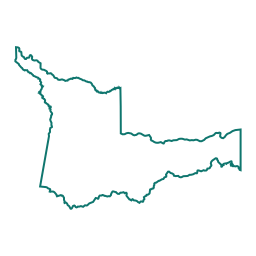 Japurá, Amazonas, Brazil
{"feature_id": "56859067B39136722056704", "entity_name": "Japurá", "entity_type": "district", "adm_level": 2, "iso_a3": "BRA", "parent_name": "Brazil", "parent_adm1": "Amazonas", "projection": "orthographic", "projection_center": [-68.104, -1.386], "detail": "fine", "context": "isolated", "style": "outline", "palette": "teal", "viewbox_px": 256, "rotation_deg": 0, "n_neighbors": 0, "source": "geoboundaries", "source_scale": "gbopen_adm2", "svg_char_len": 5692}
<svg xmlns="http://www.w3.org/2000/svg" viewBox="0 0 256 256"><path d="M240.6,170.2L240.6,129.5L235.3,130.1L232.5,131.1L230.0,132.8L227.3,133.9L225.8,135.4L224.7,137.0L223.1,138.2L221.5,137.8L220.3,136.7L220.1,136.2L220.5,133.5L220.3,132.9L219.2,132.6L218.2,133.1L216.3,132.9L215.6,133.1L213.7,135.1L211.7,136.0L210.1,136.3L205.7,138.3L204.2,139.9L201.6,141.2L199.8,141.2L197.3,139.9L195.8,139.7L193.4,140.3L191.8,140.1L189.7,140.4L186.7,139.4L184.9,139.6L182.5,138.8L181.0,138.7L179.1,138.9L176.8,140.1L173.3,140.3L171.7,141.0L169.3,140.4L168.0,140.5L166.9,141.0L165.6,141.0L164.7,141.6L163.8,143.4L163.3,143.5L160.8,142.1L158.0,142.8L156.0,142.7L154.4,142.1L152.4,140.8L151.4,140.5L150.8,139.6L151.0,138.0L150.8,137.5L149.1,135.0L145.7,135.8L144.4,135.7L140.8,133.6L139.0,133.3L137.8,133.7L136.5,134.8L134.3,135.3L133.3,135.0L131.2,133.5L128.2,132.9L126.3,133.3L124.7,134.2L122.6,134.3L120.8,133.4L120.7,106.5L120.4,88.0L119.9,88.2L119.5,87.8L119.5,88.3L119.2,88.0L118.0,88.0L118.0,87.6L117.7,87.6L117.7,87.8L117.2,87.7L116.7,88.2L116.2,88.1L115.8,88.5L115.0,88.0L114.8,88.9L114.4,88.6L113.6,88.8L113.6,89.3L111.8,89.9L110.6,91.0L110.1,90.9L109.6,91.6L108.5,91.9L107.5,91.7L106.4,92.6L106.1,93.2L105.3,92.8L104.1,92.7L103.0,93.0L102.9,92.8L102.3,92.7L101.9,93.0L101.1,92.9L100.9,92.5L100.6,92.9L98.9,92.4L98.4,91.8L98.2,92.0L97.6,91.4L97.6,91.5L96.9,91.0L96.7,91.2L96.4,90.7L95.6,90.3L95.2,89.7L95.2,88.9L94.9,88.6L94.9,87.8L94.3,87.3L93.8,86.4L92.4,85.4L92.1,84.3L90.9,82.7L89.7,82.2L88.1,82.1L87.1,81.5L86.3,81.5L84.4,80.4L82.7,80.2L81.7,79.4L79.3,78.5L78.6,77.9L77.2,77.9L76.4,77.5L75.1,78.1L73.3,77.9L73.1,78.3L72.4,78.4L72.3,78.9L70.6,78.7L69.5,79.3L68.3,79.6L67.6,80.6L66.5,80.6L65.3,80.9L64.1,80.1L62.0,79.4L59.8,79.9L58.2,79.7L56.9,78.2L54.9,77.8L54.5,77.5L53.3,75.3L52.1,74.5L51.4,73.6L50.7,73.2L50.0,73.5L48.7,73.3L47.6,73.7L47.1,73.3L47.0,71.6L46.3,71.0L44.0,69.8L42.2,69.6L41.3,69.1L40.6,68.2L40.5,67.6L40.6,63.3L38.2,61.8L37.5,60.7L36.5,60.3L34.2,60.5L32.6,59.9L32.1,59.2L31.9,58.4L32.2,56.9L32.0,56.5L31.1,55.3L30.3,55.1L29.8,55.5L29.4,56.9L29.0,57.6L27.0,57.8L26.0,59.0L25.1,59.0L24.4,58.3L24.2,57.5L23.8,57.0L23.0,56.7L21.8,55.7L21.6,55.2L21.3,52.1L20.7,51.6L19.4,51.3L19.2,50.7L19.4,48.9L19.0,48.0L17.9,47.4L16.0,47.2L16.3,57.9L15.9,59.1L15.4,59.8L15.4,61.4L18.8,64.0L19.1,65.0L21.5,67.7L22.1,68.0L22.9,69.4L24.6,70.4L25.1,70.1L26.3,70.3L27.2,70.2L28.4,72.2L28.9,72.2L30.0,72.7L30.1,73.2L31.1,73.2L32.5,74.7L32.9,74.9L33.4,75.8L35.7,76.7L36.0,77.0L38.3,77.8L38.4,78.7L39.0,78.7L39.9,79.1L40.2,79.5L40.0,81.0L40.5,81.3L41.2,82.6L40.5,84.3L41.1,84.7L41.5,85.6L41.9,85.4L42.3,85.8L42.2,86.4L42.8,86.5L41.8,88.0L41.6,89.0L40.7,90.3L40.6,91.1L39.5,91.7L39.8,92.1L39.3,92.6L39.9,92.7L39.7,93.2L40.3,93.3L40.1,93.8L41.5,94.9L41.7,95.5L42.2,95.5L42.9,96.1L43.1,96.7L42.3,97.8L43.7,98.8L44.2,98.9L45.1,100.2L44.8,102.2L45.1,102.6L45.9,102.8L46.2,103.3L48.4,104.7L48.4,105.7L49.1,106.4L49.6,106.2L50.7,106.6L50.8,107.2L49.9,108.0L49.5,108.1L49.5,108.6L50.1,108.7L50.6,109.3L50.3,110.6L50.5,111.2L52.1,113.4L52.0,114.6L51.2,115.3L51.1,116.9L50.2,119.5L50.5,120.8L51.5,122.8L51.4,125.1L51.9,126.2L51.9,127.1L50.3,128.0L49.9,129.7L50.0,132.0L48.7,133.9L49.0,136.1L40.1,186.5L46.0,187.1L47.1,187.5L48.1,188.4L49.9,189.0L50.2,189.4L49.7,191.6L50.5,191.8L51.2,191.5L53.3,191.6L54.4,192.2L56.6,194.8L56.6,195.5L57.0,196.3L60.9,195.1L61.5,195.7L62.2,195.5L62.8,195.8L64.0,197.8L64.0,199.9L64.6,201.3L64.4,202.4L64.6,203.0L65.8,202.5L66.4,202.9L67.1,203.6L67.7,205.1L69.2,206.2L70.5,208.6L71.0,208.8L71.6,208.5L72.1,207.9L72.9,206.1L74.2,205.5L74.9,205.9L75.7,207.1L76.6,207.4L77.5,207.0L77.8,206.6L79.3,206.6L80.9,206.1L83.1,206.8L85.0,205.3L86.6,205.5L87.3,205.3L89.3,203.4L93.1,201.9L95.7,198.0L97.2,198.3L98.0,198.8L98.4,198.5L99.0,196.5L99.7,195.6L101.5,195.5L102.4,195.0L102.8,195.0L103.2,195.3L103.7,195.3L104.5,195.9L105.4,195.9L107.3,196.5L108.3,196.2L109.8,196.3L110.9,195.2L111.0,194.3L111.9,192.4L112.6,191.5L113.1,191.4L116.1,192.2L116.4,192.7L117.8,193.8L119.1,193.9L120.4,192.7L121.6,192.7L123.6,192.2L124.7,193.2L125.5,192.8L126.4,192.8L126.8,193.8L126.4,195.3L126.6,195.9L129.3,199.3L129.8,199.3L130.1,199.7L131.4,200.4L132.4,199.2L132.8,199.3L133.7,200.3L135.9,200.6L137.0,201.1L138.2,202.2L139.5,202.8L140.1,202.0L141.0,201.4L142.8,201.8L143.2,201.5L143.4,200.2L144.4,199.1L143.9,197.2L144.9,196.4L146.4,195.7L146.6,194.8L148.1,194.6L149.3,193.7L149.6,193.2L150.1,189.5L150.7,189.2L151.6,189.2L152.3,188.5L153.4,188.4L153.8,187.5L153.8,185.9L154.4,184.9L154.2,183.9L154.3,183.5L155.1,182.8L156.3,182.6L158.0,181.3L158.8,180.8L159.4,180.8L161.9,179.3L163.4,179.0L164.4,177.4L166.2,176.7L166.4,175.9L166.0,175.0L166.0,174.6L168.0,171.7L169.0,171.6L170.6,173.0L172.3,173.5L173.6,174.4L173.9,175.7L175.4,176.1L178.3,175.9L179.4,177.0L180.8,177.3L181.7,177.1L183.4,176.2L187.3,176.0L188.2,175.7L189.5,174.8L191.0,174.8L193.1,174.3L195.3,173.1L196.8,173.3L197.1,173.0L197.5,170.6L197.9,170.4L198.9,170.5L201.1,171.3L203.7,170.2L204.6,170.6L206.2,170.5L206.9,169.9L207.4,168.6L208.8,168.5L209.7,168.1L210.4,166.8L211.3,165.7L211.4,165.2L210.8,163.5L211.3,161.7L212.4,160.5L215.6,158.3L216.7,158.4L217.1,158.8L217.2,159.8L217.9,160.5L218.2,161.9L220.9,164.5L221.8,164.9L222.0,165.2L221.3,165.9L221.3,166.6L221.5,166.7L222.0,166.5L222.0,166.0L222.6,165.4L223.4,165.2L223.1,164.4L223.8,163.8L225.5,163.4L226.0,163.4L226.4,163.8L227.2,163.0L228.4,162.7L230.3,161.6L231.3,161.3L231.5,161.4L231.7,162.2L231.7,163.3L232.2,163.9L230.8,164.0L230.7,164.5L231.0,165.6L231.7,165.5L232.2,165.9L232.9,165.7L233.1,166.2L234.0,166.1L235.6,166.4L236.7,166.1L237.6,166.2L238.4,166.8L238.7,167.7L238.7,168.4L239.2,168.8L239.7,169.9L240.6,170.2Z" fill="none" stroke="#0f766e" stroke-width="2"/></svg>